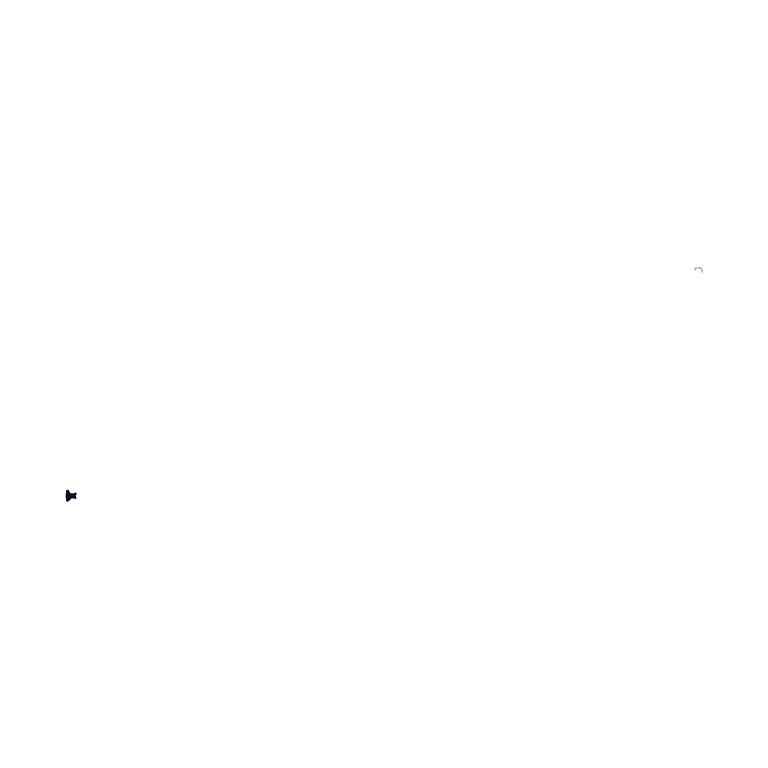 where Christmas Island sits in Indian Ocean Territories, rotated 172°
{"feature_id": "IOA-2652", "entity_name": "Christmas Island", "entity_type": "state/province", "adm_level": 1, "iso_a3": "IOA", "parent_name": "Indian Ocean Territories", "parent_adm1": "", "projection": "albers", "projection_center": [105.657, -10.498], "detail": "fine", "context": "in_parent", "style": "filled", "palette": "ink", "viewbox_px": 768, "rotation_deg": 172, "n_neighbors": 0, "source": "natural_earth", "source_scale": "10m", "svg_char_len": 965}
<svg xmlns="http://www.w3.org/2000/svg" viewBox="0 0 768 768"><g transform="rotate(172 384 384)"><path d="M715.1,316.9L713.0,322.3L709.1,319.3L704.6,318.4L705.4,314.4L709.2,313.8L711.0,313.6L713.7,312.2L715.1,316.9ZM54.1,454.6L54.9,455.0L56.1,454.5L56.5,455.0L54.8,455.8L53.6,454.4L53.0,452.3L52.9,450.4L53.4,450.4L53.4,451.1L53.5,451.7L53.9,453.0L53.7,453.8L54.1,454.6ZM59.9,455.4L59.0,455.8L58.3,455.5L58.1,455.3L58.0,454.9L58.8,454.8L59.5,454.4L59.9,453.8L60.0,452.9L60.3,453.8L60.3,454.6L59.9,455.4Z" fill="#d9dde1" stroke="#a8b0b8" stroke-width="1"/><path d="M713.6,312.2L714.3,312.7L714.2,313.7L714.1,315.2L713.7,317.0L713.7,318.5L713.1,319.7L713.2,321.5L712.8,322.4L711.7,322.5L711.3,321.2L710.8,320.0L710.6,318.9L709.4,318.4L707.9,318.1L706.1,318.2L704.6,318.7L704.4,317.8L705.2,317.3L705.7,316.0L705.3,314.9L705.3,313.9L706.3,314.3L707.8,315.1L709.8,315.2L710.9,314.1L712.1,312.9L713.6,312.2Z" fill="#0f172a" stroke="#020617" stroke-width="1.5"/></g></svg>